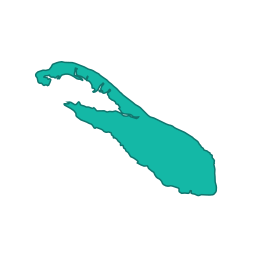 Aniwa, Vanuatu, rotated 293°
{"feature_id": "77236927B97444346691075", "entity_name": "Aniwa", "entity_type": "district", "adm_level": 2, "iso_a3": "VUT", "parent_name": "Vanuatu", "parent_adm1": "", "projection": "mercator", "projection_center": [169.604, -19.244], "detail": "fine", "context": "isolated", "style": "filled", "palette": "teal", "viewbox_px": 256, "rotation_deg": 293, "n_neighbors": 0, "source": "geoboundaries", "source_scale": "gbopen_adm2", "svg_char_len": 4848}
<svg xmlns="http://www.w3.org/2000/svg" viewBox="0 0 256 256"><g transform="rotate(293 128 128)"><path d="M138.8,109.9L137.2,107.7L136.9,107.2L136.1,104.6L134.5,102.5L134.5,99.4L133.0,95.9L131.8,93.3L131.7,92.6L131.8,92.0L132.9,89.9L133.3,88.6L132.3,87.9L132.1,87.2L131.9,83.8L131.7,83.0L131.0,81.4L131.1,78.9L130.7,76.2L130.9,75.1L132.6,73.3L132.8,72.5L132.5,72.2L129.6,71.2L129.2,70.8L128.8,70.0L128.7,69.7L129.3,65.5L129.0,64.0L128.2,62.5L128.1,63.4L127.9,64.0L127.6,64.1L127.2,63.9L126.8,63.3L125.5,60.1L125.2,59.8L124.7,60.1L124.3,60.8L123.6,67.7L122.8,71.4L121.4,74.0L120.8,74.5L119.2,75.3L118.7,75.8L118.2,77.0L117.1,81.5L117.3,87.5L117.1,90.3L117.2,92.8L116.6,94.3L114.9,96.7L114.9,97.7L115.1,98.0L115.9,98.4L116.2,99.3L116.4,103.0L116.3,105.2L115.5,107.1L115.4,108.7L115.6,109.7L116.8,111.8L117.0,114.0L116.6,114.7L115.3,115.5L114.5,118.0L114.1,118.1L113.5,118.2L113.2,118.5L113.3,118.8L113.8,119.6L113.5,121.6L113.3,122.2L112.0,124.2L111.3,126.7L110.9,127.2L109.5,127.6L109.1,128.0L109.9,129.6L109.9,130.3L107.9,131.9L107.5,133.8L106.5,134.7L106.1,135.1L105.5,137.7L102.7,141.6L102.6,144.8L101.8,148.7L101.0,150.4L100.6,150.5L99.5,150.2L99.4,151.0L99.1,154.3L99.2,157.6L100.5,160.1L100.6,160.8L98.8,162.8L97.6,167.0L97.3,169.1L95.5,170.9L94.0,173.1L93.5,174.6L93.3,176.8L93.0,178.0L92.0,179.8L90.4,181.5L89.8,182.7L89.7,183.6L89.6,185.5L90.0,187.3L90.6,188.5L91.5,189.8L91.9,191.4L92.4,197.4L92.3,198.3L91.9,198.8L89.9,199.6L89.3,200.3L88.9,202.4L88.9,203.0L90.3,205.6L91.4,209.0L92.5,209.9L94.3,209.7L94.8,210.1L94.9,210.7L94.0,211.2L92.7,211.7L92.7,212.9L93.2,215.4L93.1,217.2L93.2,218.9L93.7,219.8L95.3,221.5L96.5,224.8L98.2,229.3L99.7,232.1L100.6,232.9L103.0,233.7L103.9,233.8L105.1,233.6L107.8,232.6L109.2,231.8L112.4,229.3L117.1,227.1L120.1,225.5L123.9,224.1L126.0,222.7L128.0,221.2L129.4,221.2L130.0,220.6L131.5,220.4L132.4,219.4L133.4,217.4L133.9,216.9L135.6,216.2L135.8,215.9L135.9,215.1L136.2,213.9L137.2,212.9L137.1,211.8L137.7,209.8L137.4,206.7L138.7,205.0L139.1,203.1L140.4,201.3L140.8,200.2L142.5,198.0L143.0,196.8L144.0,192.4L144.6,191.1L146.1,181.7L146.3,172.6L146.5,170.5L147.1,168.3L147.1,166.4L146.7,164.3L146.6,161.6L147.3,147.9L146.9,144.8L146.9,143.7L147.5,141.3L151.5,131.5L152.0,129.1L152.4,125.5L153.4,122.3L156.0,112.1L156.5,110.3L157.4,108.3L157.8,106.6L159.8,102.2L160.8,98.7L162.1,95.2L162.8,92.4L163.9,89.8L165.1,83.9L165.8,81.2L166.4,79.9L166.6,76.8L167.1,73.5L167.1,71.7L166.7,68.7L167.1,63.8L166.8,53.9L166.4,51.1L163.7,44.2L163.1,41.1L161.7,38.8L160.2,36.9L157.4,34.0L156.8,33.7L154.6,33.5L154.4,33.5L151.6,32.8L150.8,32.4L149.5,30.6L149.0,30.1L148.0,27.2L144.5,23.2L142.4,22.2L141.0,22.2L140.0,22.7L139.4,23.4L138.9,24.5L138.3,25.1L135.3,27.2L134.8,28.2L134.8,29.5L135.3,30.5L135.3,31.3L134.4,33.2L134.4,34.1L135.4,35.2L135.7,36.1L135.8,36.7L135.6,37.4L136.5,38.2L139.5,38.3L142.1,38.1L142.5,37.8L142.6,37.6L142.6,36.5L141.7,35.6L141.7,35.2L142.3,34.8L142.6,34.1L142.0,30.7L142.3,30.6L143.3,31.1L143.9,31.7L144.7,33.5L145.9,34.9L145.8,35.3L145.2,35.8L144.9,36.6L144.9,37.5L145.8,39.7L145.6,41.3L146.0,41.8L148.0,42.7L148.7,43.6L148.8,44.2L148.6,44.4L147.8,44.4L146.0,43.6L145.8,43.8L145.8,44.0L146.3,44.6L146.4,45.4L146.6,45.6L148.7,45.8L150.1,46.1L151.3,46.8L153.2,49.4L154.0,51.3L154.4,53.2L154.4,55.2L154.1,58.2L153.4,61.6L153.6,63.2L154.2,64.9L154.1,67.5L154.5,67.6L154.7,67.3L155.1,66.7L155.6,65.5L155.7,58.6L155.8,57.9L157.4,57.3L159.9,56.9L160.6,56.6L162.6,56.2L162.7,56.5L162.7,58.0L162.1,58.0L160.5,57.7L159.5,58.5L157.6,59.3L156.7,60.6L156.7,61.9L157.1,64.0L157.2,65.3L156.7,68.3L156.3,69.1L156.3,70.0L156.7,70.4L159.3,70.4L159.8,70.6L159.7,70.9L159.4,71.1L155.6,71.3L155.6,71.6L155.9,72.8L155.9,73.7L155.6,74.8L154.9,76.1L153.9,77.4L153.2,78.1L151.1,79.2L150.8,79.5L151.1,80.6L151.1,81.2L150.6,82.2L150.1,82.6L149.4,82.5L147.9,81.5L147.7,81.5L147.5,82.2L147.7,82.7L148.7,83.9L149.9,84.6L150.3,84.9L151.8,85.4L154.9,85.6L156.2,85.9L156.8,86.1L157.9,86.8L159.3,87.3L159.6,87.5L159.3,88.3L158.8,88.4L156.3,87.6L154.1,87.6L153.4,87.7L152.3,88.4L152.2,89.9L152.0,90.3L151.8,90.4L151.0,89.8L150.7,90.0L150.7,90.6L150.5,90.9L150.5,91.9L151.0,92.8L153.1,94.9L154.2,95.4L156.3,95.9L156.4,96.5L155.9,97.1L155.2,97.2L152.6,95.8L151.7,95.7L150.9,96.1L149.7,98.0L148.6,98.7L148.4,99.0L147.5,102.2L147.6,104.1L147.0,106.2L145.7,107.4L145.6,108.4L145.8,109.9L145.0,110.5L144.5,111.8L143.9,112.5L143.3,112.6L142.9,112.0L142.3,111.9L141.1,114.4L139.7,116.3L139.5,117.3L139.6,119.1L141.3,124.6L141.3,126.2L140.6,127.9L140.7,129.5L141.2,131.3L142.4,133.4L141.7,133.4L140.8,132.7L140.2,132.4L140.0,132.0L139.4,126.2L139.6,125.3L140.3,125.0L140.3,124.6L138.6,122.4L138.1,121.4L137.5,119.2L137.8,117.7L138.4,116.7L138.8,114.8L138.9,112.0L138.8,109.9ZM150.5,87.5L150.4,88.3L150.5,88.4L151.2,88.3L151.6,87.8L151.7,87.2L151.3,86.9L150.9,86.9L150.5,87.5Z" fill="#14b8a6" stroke="#0f766e" stroke-width="1.5"/></g></svg>